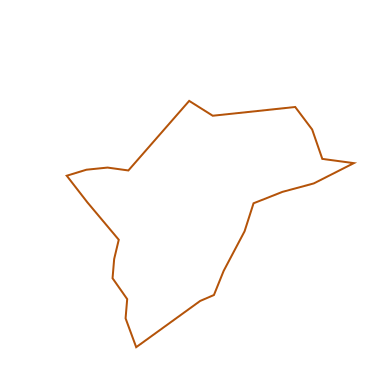 the border of Kole, rotated 50°
{"feature_id": "UGA-5605", "entity_name": "Kole", "entity_type": "District", "adm_level": 1, "iso_a3": "UGA", "parent_name": "Uganda", "parent_adm1": "", "projection": "natural_earth1", "projection_center": [32.715, 2.291], "detail": "fine", "context": "isolated", "style": "outline", "palette": "amber", "viewbox_px": 384, "rotation_deg": 50, "n_neighbors": 0, "source": "natural_earth", "source_scale": "10m", "svg_char_len": 458}
<svg xmlns="http://www.w3.org/2000/svg" viewBox="0 0 384 384"><g transform="rotate(50 192 192)"><path d="M250.4,70.9L273.9,49.5L263.7,93.2L250.0,122.7L240.2,152.1L255.9,177.0L272.8,218.5L285.0,241.4L280.7,255.8L275.0,334.5L246.1,324.1L232.4,310.5L207.0,308.3L193.3,294.7L181.5,278.8L132.6,278.8L99.0,277.5L107.1,258.5L119.0,241.0L134.6,226.9L120.4,135.6L146.9,127.1L193.2,58.3L221.4,59.8L250.4,70.9Z" fill="none" stroke="#b45309" stroke-width="2"/></g></svg>